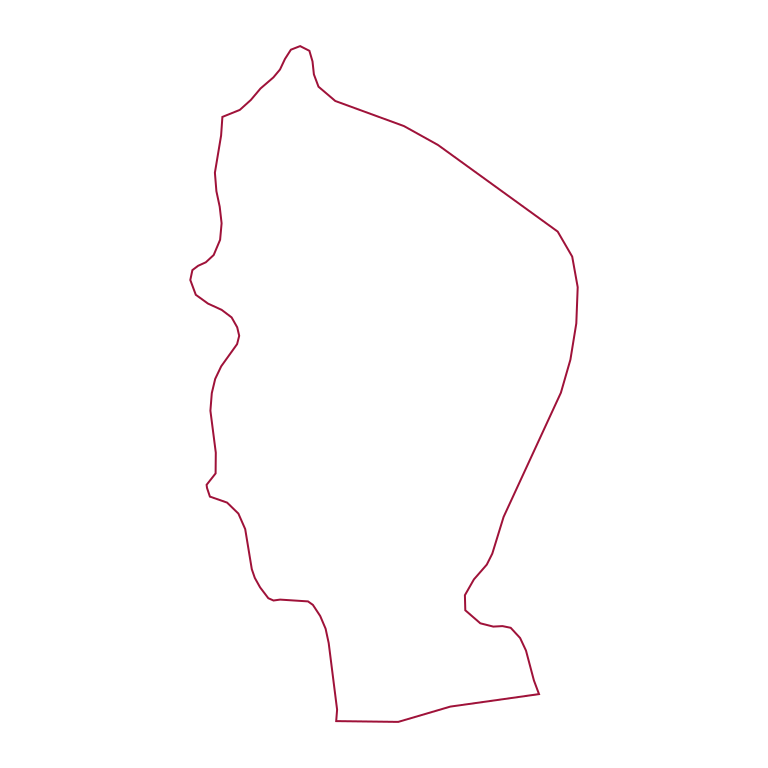 SVG path tracing the border of Apayao
{"feature_id": "PHL-2546", "entity_name": "Apayao", "entity_type": "Province", "adm_level": 1, "iso_a3": "PHL", "parent_name": "Philippines", "parent_adm1": "", "projection": "natural_earth1", "projection_center": [121.11, 18.109], "detail": "fine", "context": "isolated", "style": "outline", "palette": "rose", "viewbox_px": 768, "rotation_deg": 0, "n_neighbors": 0, "source": "natural_earth", "source_scale": "10m", "svg_char_len": 1101}
<svg xmlns="http://www.w3.org/2000/svg" viewBox="0 0 768 768"><path d="M209.9,496.6L207.0,487.9L206.6,484.8L215.6,473.4L215.8,452.7L210.4,410.7L211.8,393.1L215.2,378.9L221.2,366.3L237.1,344.1L239.2,335.8L237.2,327.3L231.6,317.4L221.7,309.9L208.0,303.6L195.8,294.8L190.3,280.0L192.4,270.1L198.1,265.8L205.8,262.3L213.7,255.0L220.1,239.8L221.6,223.3L219.7,206.7L216.4,191.2L214.9,172.7L221.1,135.5L222.4,116.9L239.8,109.9L250.8,100.0L260.5,88.5L273.4,77.4L280.0,69.5L285.0,58.9L290.9,49.7L300.1,46.1L309.4,50.8L312.5,61.4L313.9,74.4L318.5,86.7L335.3,101.0L404.0,126.1L438.0,145.0L557.7,231.6L572.2,256.6L577.7,287.2L576.3,323.4L570.4,359.7L560.9,392.7L503.6,516.9L492.3,553.6L486.8,564.6L473.9,579.4L464.9,595.2L465.3,610.3L480.3,623.3L493.3,626.6L502.5,626.1L510.7,627.8L520.1,638.0L526.0,650.6L533.9,680.4L539.0,694.1L450.3,706.6L398.2,721.9L336.2,721.1L337.1,709.7L328.7,643.1L325.6,628.7L320.2,616.0L312.9,604.9L308.0,601.4L280.1,599.6L273.5,600.5L268.3,598.2L260.1,587.4L254.8,577.9L251.8,569.2L245.2,529.1L238.4,513.6L227.1,502.6L209.9,496.6Z" fill="none" stroke="#9f1239" stroke-width="2"/></svg>